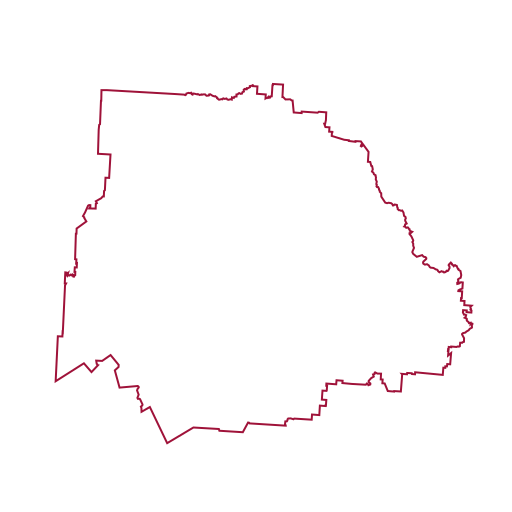 outline of Narrabri, New South Wales, Australia, rotated 355°
{"feature_id": "25037944B38691483406712", "entity_name": "Narrabri", "entity_type": "district", "adm_level": 2, "iso_a3": "AUS", "parent_name": "Australia", "parent_adm1": "New South Wales", "projection": "orthographic", "projection_center": [149.591, -30.328], "detail": "fine", "context": "isolated", "style": "outline", "palette": "rose", "viewbox_px": 512, "rotation_deg": 355, "n_neighbors": 0, "source": "geoboundaries", "source_scale": "gbopen_adm2", "svg_char_len": 5999}
<svg xmlns="http://www.w3.org/2000/svg" viewBox="0 0 512 512"><g transform="rotate(355 256 256)"><path d="M45.5,363.3L75.2,347.9L82.0,357.3L89.1,351.0L88.4,350.7L88.4,350.0L87.9,349.5L87.7,346.3L93.6,347.1L102.5,342.0L109.7,352.5L109.4,354.6L105.4,357.6L108.6,375.2L126.9,375.2L127.7,376.1L127.7,376.8L126.5,378.0L125.8,379.5L127.0,383.9L125.5,387.0L125.9,388.0L127.5,388.1L128.0,388.5L130.0,394.0L129.7,395.0L128.2,396.0L128.6,397.4L128.4,401.2L137.1,397.2L151.2,434.7L178.7,421.4L203.9,425.1L204.3,426.9L227.5,430.4L233.6,421.2L234.6,421.5L235.0,422.2L270.8,427.6L270.8,427.1L270.2,426.2L270.8,423.3L272.3,423.4L272.9,422.7L273.2,421.4L273.9,420.7L276.4,420.8L279.1,421.9L279.9,421.3L297.2,423.9L298.0,418.8L305.2,420.0L306.6,410.6L312.0,411.5L312.0,411.1L312.6,411.2L313.5,405.5L309.1,404.8L310.5,395.9L314.5,396.5L314.8,395.9L315.5,391.5L314.7,391.4L315.0,389.2L324.7,390.8L325.4,386.8L331.4,387.8L331.0,390.1L340.3,391.8L354.2,393.8L355.3,392.7L356.2,393.4L356.7,394.5L358.6,394.0L358.8,393.5L358.8,392.9L357.2,391.3L357.4,390.2L360.1,387.7L362.8,386.4L362.3,384.2L363.8,383.9L364.1,382.5L364.5,382.3L366.7,383.7L370.3,384.1L369.5,389.8L371.4,390.1L370.8,393.8L373.1,394.2L375.5,402.0L381.8,403.1L381.9,402.6L388.5,403.6L391.3,386.7L390.9,386.1L396.1,387.0L396.4,385.7L401.0,386.4L401.1,387.2L404.1,387.7L404.4,385.7L431.7,390.7L432.9,383.6L434.8,383.9L435.0,382.4L436.6,382.6L437.1,380.3L440.0,380.8L441.9,369.7L438.7,371.9L439.4,367.5L438.9,367.4L439.3,365.4L439.8,365.5L440.1,363.4L442.5,363.9L442.6,363.2L447.8,364.1L448.9,363.7L450.3,364.0L450.7,363.6L451.2,363.6L451.8,360.2L453.9,360.4L454.2,359.9L455.7,359.6L456.1,356.0L454.4,352.0L454.5,351.6L455.4,350.9L458.0,350.5L458.8,349.7L461.4,348.5L462.5,347.2L464.8,346.2L465.0,345.7L464.8,344.2L465.6,342.9L465.7,342.3L464.5,341.8L463.8,342.4L464.0,341.2L462.3,341.4L462.0,340.4L460.5,338.9L460.3,338.2L460.6,337.2L460.3,336.7L458.5,335.7L459.6,334.9L460.2,333.2L458.6,332.4L458.1,332.5L457.2,330.3L457.6,328.0L461.2,328.6L460.9,330.3L465.6,331.1L465.9,329.2L465.0,328.2L465.6,327.6L465.1,326.3L465.1,325.5L466.5,324.3L459.2,323.1L459.8,319.0L456.2,318.4L456.6,315.8L457.3,315.9L458.3,309.2L454.5,308.6L454.7,307.8L455.8,307.3L456.0,307.7L457.5,306.7L458.8,306.4L459.7,300.4L457.9,300.0L455.6,301.2L454.1,301.4L454.1,300.2L455.5,298.9L455.1,297.3L455.5,296.6L458.0,295.5L458.8,292.9L458.4,288.8L456.6,287.4L456.5,286.5L456.0,286.4L455.0,283.4L454.5,283.4L453.7,282.5L452.9,282.5L452.1,283.4L451.1,281.9L450.3,281.5L450.5,280.8L449.5,279.5L447.3,281.4L447.1,282.1L447.8,283.3L447.8,284.8L446.2,287.3L445.6,287.7L444.6,287.3L443.5,288.5L441.9,288.8L441.4,288.0L440.6,288.0L439.6,287.3L437.3,288.2L436.1,287.0L435.8,286.1L435.0,285.3L433.9,285.0L431.8,283.4L428.9,282.8L428.2,282.2L427.3,280.4L425.7,279.1L423.5,279.3L422.1,278.3L421.8,277.4L422.2,276.2L425.3,273.8L425.5,273.0L424.8,271.9L422.9,271.3L421.6,269.6L416.1,270.8L412.8,267.6L412.1,266.0L412.2,265.3L414.1,261.7L413.5,259.4L413.7,257.4L413.0,255.7L413.7,255.0L414.0,254.1L412.5,250.0L410.8,247.4L411.0,246.6L411.9,246.8L413.7,245.5L411.4,244.3L411.3,242.7L410.7,242.4L410.0,240.9L409.3,240.7L408.1,241.0L407.1,239.8L406.3,239.5L407.0,238.8L407.3,237.5L408.9,236.8L407.7,233.9L407.8,232.6L408.5,231.6L408.3,230.1L407.0,228.9L406.7,225.5L405.6,223.4L404.5,223.6L403.0,222.8L402.3,222.8L401.2,221.5L401.4,220.5L401.0,219.9L400.8,217.4L398.6,216.8L397.5,217.6L396.8,217.6L396.3,216.2L395.3,215.2L392.7,214.5L391.2,214.8L389.4,214.1L386.0,207.8L386.2,204.4L384.9,202.8L384.9,201.5L384.3,200.7L384.4,199.8L383.7,198.0L382.6,197.9L382.1,197.1L382.6,195.7L382.1,194.8L382.8,192.5L382.0,190.1L382.4,187.9L382.1,187.3L382.2,186.0L380.6,184.8L380.2,183.2L378.9,182.0L379.9,179.8L379.5,176.6L378.7,176.3L378.0,172.3L375.7,171.9L377.2,162.1L372.8,154.8L370.6,156.1L370.0,155.6L370.8,154.0L371.9,153.4L370.5,151.0L365.1,150.2L365.0,150.9L358.5,149.5L358.6,148.8L354.0,147.9L341.9,143.0L342.4,139.8L342.8,139.6L342.9,139.0L339.7,138.5L340.4,134.2L336.4,133.6L335.5,130.2L336.4,130.3L337.5,126.7L338.5,119.0L331.2,117.8L329.9,118.6L314.1,116.1L313.9,117.6L306.1,116.3L306.0,104.3L305.2,104.2L303.7,102.9L299.0,102.6L297.0,100.1L296.2,100.0L297.9,87.6L287.9,86.1L287.7,87.3L287.3,87.3L285.6,98.3L284.5,98.3L283.9,99.2L282.7,98.2L282.2,98.6L282.2,99.5L281.4,99.2L280.7,99.7L280.0,99.5L279.2,99.9L279.8,95.9L271.1,94.5L272.2,87.2L267.7,86.5L268.0,84.9L267.3,85.9L264.7,86.2L264.7,87.3L262.4,88.2L261.6,88.0L261.3,89.1L260.2,89.1L259.7,88.5L259.1,88.6L258.2,89.4L258.3,91.1L256.8,91.6L256.2,93.0L254.6,93.1L253.7,92.3L252.9,92.4L251.9,93.3L250.6,93.4L250.5,95.4L248.3,95.5L247.7,96.6L246.7,96.1L246.1,96.6L245.8,96.3L245.5,98.1L244.2,97.6L242.3,98.0L241.1,97.6L240.3,96.5L238.6,96.8L237.1,96.1L236.2,97.0L235.4,96.7L232.8,97.1L231.0,95.5L231.2,94.9L229.3,93.2L228.6,93.4L226.7,92.6L224.5,90.9L223.4,91.0L223.2,91.9L222.1,92.1L220.6,92.0L219.4,90.6L217.3,90.4L216.2,90.7L215.8,90.3L213.9,90.7L212.2,89.6L211.7,89.9L208.0,88.7L207.5,88.7L206.9,89.7L206.2,89.3L206.2,88.7L205.6,87.7L204.7,88.1L203.0,87.6L200.8,88.1L200.2,89.3L199.5,89.6L198.6,89.0L190.9,87.8L122.1,77.8L116.5,77.3L115.4,87.8L115.1,87.8L112.1,111.1L111.2,111.7L110.3,116.5L107.5,140.4L119.9,142.2L116.5,165.4L112.9,164.9L111.2,177.3L110.3,178.0L109.6,183.4L108.5,183.3L106.9,184.9L101.2,187.5L102.1,189.5L101.0,190.0L100.4,194.8L94.1,194.1L95.2,192.7L95.4,190.9L94.2,190.7L93.1,191.2L89.5,197.7L87.1,201.2L88.3,202.5L88.2,203.1L90.0,206.8L79.7,213.0L79.1,218.1L78.5,218.1L75.5,243.4L76.8,243.7L76.2,247.7L77.0,247.5L76.4,251.8L74.5,251.5L73.8,256.0L74.6,256.1L74.2,259.4L73.5,259.7L72.8,259.2L73.1,260.2L72.9,260.7L72.2,260.6L71.9,260.0L72.4,259.7L72.3,259.2L71.1,259.2L71.2,258.8L70.8,258.6L71.1,258.0L70.2,259.0L69.5,258.4L68.4,259.2L67.4,258.6L66.5,259.4L66.4,259.0L66.8,258.5L66.5,258.3L66.0,258.6L65.9,258.3L66.9,257.7L67.3,256.6L66.5,257.2L66.4,256.6L65.8,256.7L65.8,256.0L64.6,255.7L63.1,266.6L64.4,266.8L63.2,268.6L56.9,315.2L56.7,315.0L56.1,319.3L51.6,318.7L45.5,363.3Z" fill="none" stroke="#9f1239" stroke-width="2"/></g></svg>